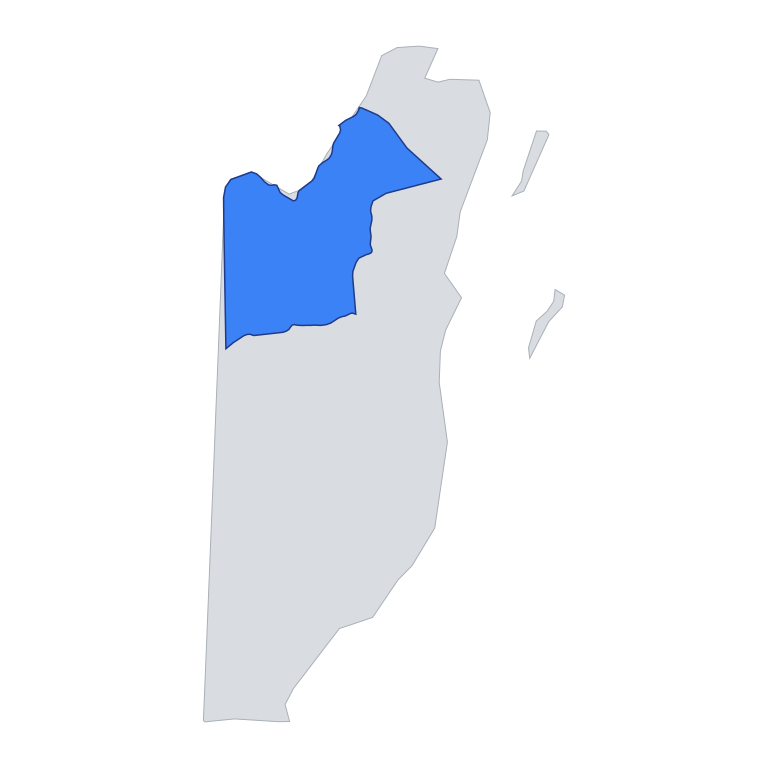 location of Orange Walk within Belize
{"feature_id": "BLZ-1326", "entity_name": "Orange Walk", "entity_type": "District", "adm_level": 1, "iso_a3": "BLZ", "parent_name": "Belize", "parent_adm1": "", "projection": "albers", "projection_center": [-88.77, 17.784], "detail": "fine", "context": "in_parent", "style": "filled", "palette": "blue", "viewbox_px": 768, "rotation_deg": 0, "n_neighbors": 0, "source": "natural_earth", "source_scale": "10m", "svg_char_len": 2167}
<svg xmlns="http://www.w3.org/2000/svg" viewBox="0 0 768 768"><path d="M223.5,220.0L223.4,197.3L230.5,179.4L251.2,171.9L277.9,187.6L289.0,194.1L299.0,190.4L311.7,180.9L327.2,153.2L366.2,96.1L381.7,55.6L397.0,47.6L419.0,46.1L437.9,48.6L424.7,78.2L438.0,82.1L450.0,79.3L478.9,80.2L490.2,112.6L487.3,139.9L460.2,211.8L456.8,236.5L444.4,273.4L461.5,297.7L445.7,330.0L440.4,350.9L439.2,382.3L447.4,442.0L434.7,528.1L412.0,565.7L397.9,580.0L372.6,617.4L339.4,628.5L293.3,688.7L285.1,704.5L289.6,721.5L278.8,721.7L234.5,718.9L204.6,721.9L203.4,720.4L206.1,655.7L210.1,555.6L213.1,482.2L215.9,410.3L218.1,356.5L221.0,283.3L223.5,220.0ZM523.9,191.0L512.1,195.9L521.7,180.8L523.1,171.2L536.5,131.0L546.3,131.2L548.9,134.7L523.9,191.0ZM548.7,321.7L529.7,358.3L528.5,347.9L536.3,320.9L547.1,311.3L553.7,301.3L555.1,289.5L564.6,295.2L562.3,306.9L548.7,321.7Z" fill="#d9dde1" stroke="#a8b0b8" stroke-width="1"/><path d="M225.9,348.7L224.7,276.5L223.8,220.2L223.6,197.5L225.5,187.1L227.4,184.4L230.8,179.5L251.4,172.0L256.7,173.9L260.8,177.6L264.5,181.8L268.7,185.0L271.6,185.3L274.4,184.8L276.8,185.3L280.2,192.6L283.4,195.1L293.3,200.9L295.5,200.3L297.0,198.2L298.1,192.4L299.2,190.6L311.9,181.0L314.2,178.2L317.8,168.1L319.0,165.7L322.7,162.6L326.0,160.6L329.0,158.4L331.4,154.5L332.2,151.7L332.9,145.8L333.6,143.2L339.8,132.8L340.6,129.9L339.8,126.2L338.8,125.5L345.9,120.2L353.1,116.7L356.1,114.5L358.5,110.5L359.3,107.5L361.8,108.0L377.6,115.0L388.9,123.3L406.9,148.0L441.1,179.0L386.1,193.3L373.0,200.9L371.4,205.4L370.9,207.6L370.6,210.3L370.8,212.2L371.7,215.6L371.9,217.2L371.8,220.6L370.3,227.5L370.2,228.7L370.2,230.1L371.0,235.9L371.0,237.4L370.3,243.6L370.4,245.4L371.7,248.8L372.0,250.2L371.8,251.9L370.7,253.1L368.7,254.0L366.1,254.7L358.8,258.2L356.0,262.6L352.8,271.7L352.6,276.4L355.8,314.2L352.2,313.0L350.4,313.5L345.3,316.0L342.4,316.5L338.2,318.1L330.9,323.0L326.4,324.6L320.8,325.4L314.1,325.1L310.5,325.4L307.9,325.3L302.1,325.5L297.6,325.2L293.9,324.6L292.2,325.1L290.4,327.2L289.0,329.3L286.4,331.1L282.9,332.3L254.0,335.5L252.0,335.0L250.1,334.2L247.3,334.4L243.8,335.7L233.5,342.5L225.9,348.7Z" fill="#3b82f6" stroke="#1e3a8a" stroke-width="1.5"/></svg>